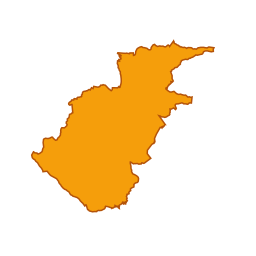 Calnic, Gorj, Romania, rotated 79°
{"feature_id": "2599482B43333007752973", "entity_name": "Calnic", "entity_type": "district", "adm_level": 2, "iso_a3": "ROU", "parent_name": "Romania", "parent_adm1": "Gorj", "projection": "natural_earth1", "projection_center": [23.062, 44.952], "detail": "fine", "context": "isolated", "style": "filled", "palette": "amber", "viewbox_px": 256, "rotation_deg": 79, "n_neighbors": 0, "source": "geoboundaries", "source_scale": "gbopen_adm2", "svg_char_len": 5711}
<svg xmlns="http://www.w3.org/2000/svg" viewBox="0 0 256 256"><g transform="rotate(79 128 128)"><path d="M136.2,227.7L138.9,227.6L140.4,226.7L141.4,225.5L143.0,224.9L144.8,223.4L148.3,222.2L150.8,220.7L152.7,220.0L153.5,219.8L154.7,219.8L154.9,216.5L155.1,215.6L158.8,213.7L160.0,212.8L164.1,207.8L167.2,206.3L167.9,206.3L169.2,206.0L171.2,204.8L172.3,204.5L174.7,203.1L176.1,201.8L176.9,200.5L178.0,199.7L179.4,198.2L182.5,197.1L183.5,195.7L184.5,195.0L185.2,193.5L186.7,191.0L188.8,189.3L190.1,188.9L192.3,187.5L192.9,186.9L196.3,185.3L195.4,184.2L195.6,183.7L200.4,183.2L200.6,182.6L202.0,181.8L203.5,178.8L203.6,177.0L204.1,174.7L203.4,173.9L203.3,172.4L203.6,171.9L203.8,169.7L203.1,167.5L203.1,167.1L202.7,166.3L201.9,165.6L200.9,165.3L200.6,165.0L201.3,162.8L202.9,160.1L203.2,159.2L203.8,159.2L203.6,158.4L203.6,157.5L203.1,156.7L202.9,156.3L203.0,156.0L202.6,156.0L201.6,155.5L203.0,154.5L203.2,153.9L202.6,153.9L202.7,153.6L203.0,152.8L204.4,152.7L205.2,151.9L203.7,151.8L203.3,151.4L202.3,151.5L201.8,150.4L201.7,149.6L200.6,148.0L200.1,147.7L201.7,147.1L201.9,146.7L201.7,146.3L202.1,146.2L200.5,146.4L200.2,146.2L200.8,145.8L200.0,145.8L202.0,145.1L202.0,144.9L201.4,145.1L201.9,144.5L200.4,145.1L200.2,144.8L201.1,144.4L200.9,144.0L200.4,144.2L199.9,143.8L199.6,143.2L199.6,142.9L199.3,142.5L197.8,143.0L197.0,142.8L196.8,142.3L194.8,142.6L194.1,141.9L192.9,141.7L192.9,140.6L192.7,139.5L191.4,139.5L190.5,138.5L190.0,137.3L188.4,137.3L188.0,137.0L187.4,135.4L187.0,133.5L185.6,133.1L184.7,133.1L184.2,132.6L183.4,131.2L183.2,129.0L182.2,128.1L179.8,127.3L178.3,127.4L176.6,128.6L174.8,130.7L174.4,131.6L173.3,132.3L171.8,132.7L171.2,132.8L170.1,132.4L168.5,132.8L166.0,132.4L162.8,132.5L161.9,132.2L162.6,131.1L163.3,130.6L164.2,129.5L164.2,128.2L164.4,127.6L164.6,125.7L165.6,124.2L165.6,122.9L165.9,122.1L164.8,121.0L165.1,120.4L165.6,119.8L165.6,118.7L162.1,111.4L156.9,114.0L153.5,113.2L148.7,107.8L148.2,106.8L148.1,105.8L147.7,105.6L147.7,105.0L147.3,104.7L146.9,105.0L146.5,104.7L146.6,104.3L146.3,104.1L145.1,104.3L144.9,104.0L143.8,104.1L142.8,103.6L139.3,101.2L133.7,96.4L133.9,96.1L133.5,95.2L134.2,94.8L133.7,94.6L133.9,94.3L133.5,94.2L133.6,93.8L133.1,93.7L133.1,93.3L133.4,93.0L133.0,92.8L133.1,92.3L132.4,91.8L132.2,91.5L131.6,91.2L131.7,90.8L121.8,95.3L122.5,93.9L123.4,93.1L124.0,91.0L124.6,89.9L124.4,88.0L123.8,86.9L123.3,85.1L122.7,84.4L121.2,84.3L120.8,83.7L119.4,83.5L119.1,83.2L117.4,83.2L117.7,81.9L117.0,79.3L119.0,77.9L118.7,77.4L117.8,76.8L116.8,77.2L114.7,77.4L114.0,77.0L113.7,76.3L113.6,75.3L113.9,74.4L113.6,70.4L114.0,69.5L114.8,68.9L115.5,66.1L116.0,65.4L116.0,64.5L115.1,63.0L115.2,62.3L115.6,61.0L109.8,59.2L109.9,60.4L109.1,61.8L109.1,63.3L106.7,65.1L106.5,66.7L105.4,69.0L104.8,69.8L104.7,71.8L104.5,72.3L103.5,73.8L100.8,75.9L101.0,78.8L100.5,80.2L99.0,81.7L96.8,83.4L96.0,83.1L95.8,82.8L96.5,82.0L94.6,81.0L94.2,80.1L93.7,79.9L93.3,79.5L93.4,79.2L93.0,79.0L93.1,78.5L92.1,77.0L90.6,77.0L90.9,76.4L90.9,76.1L91.4,75.7L90.5,74.6L88.0,75.3L85.1,74.7L80.8,75.4L80.6,74.5L79.5,74.1L78.6,71.4L77.7,70.5L77.8,68.3L75.9,65.7L75.8,65.2L75.3,64.4L74.1,64.2L72.7,62.9L72.1,62.8L71.7,61.1L71.5,58.2L72.1,56.9L72.1,56.1L71.3,54.8L71.4,53.5L71.0,52.6L70.8,50.9L69.7,48.3L69.2,47.4L69.8,46.2L69.6,42.6L69.7,41.4L69.2,40.4L67.6,39.3L67.1,37.4L67.5,35.1L67.8,34.7L69.1,31.7L69.1,29.6L67.0,29.3L65.6,28.3L63.9,33.2L64.5,35.2L64.0,36.4L63.9,37.1L63.3,38.1L62.7,41.1L62.7,43.2L62.6,43.8L63.7,46.0L63.0,47.2L63.0,48.5L62.7,49.2L61.6,50.1L61.2,50.7L60.5,53.6L61.0,55.3L60.5,55.6L59.5,57.3L59.6,58.2L59.3,58.7L59.2,59.3L58.5,60.2L58.5,60.8L58.3,61.3L57.6,61.6L57.3,62.3L56.5,62.7L55.8,64.0L54.9,64.7L53.8,66.3L53.2,66.5L52.3,66.3L52.0,66.7L51.3,66.7L55.9,71.6L55.1,71.8L54.2,72.7L54.4,73.5L55.3,75.0L55.5,76.0L55.1,76.9L54.3,78.0L54.0,80.2L53.5,81.0L53.6,83.5L52.2,85.2L51.0,85.9L51.2,87.5L53.3,89.8L55.1,90.5L55.4,91.0L55.5,91.6L55.0,92.9L53.4,94.2L52.3,96.5L51.8,98.1L50.8,99.0L50.8,100.6L51.5,103.0L52.2,104.2L54.4,105.8L57.0,106.7L57.7,107.6L57.8,108.3L57.8,108.7L55.3,108.5L54.7,111.9L55.3,112.4L54.2,115.3L54.3,115.9L53.8,118.0L52.2,123.6L52.9,124.0L53.2,123.5L54.5,122.4L54.9,121.4L55.8,121.0L56.0,121.3L55.6,121.9L55.6,122.9L57.2,122.4L57.8,121.6L58.7,121.7L58.6,122.2L59.4,122.8L59.0,123.9L59.8,124.4L60.6,124.0L60.1,125.4L62.7,126.2L65.0,125.7L67.0,126.2L67.6,125.7L69.8,125.5L71.3,124.8L73.3,125.2L74.9,125.0L78.5,125.3L81.3,125.8L83.1,126.4L86.6,128.2L86.6,128.5L85.5,129.0L85.7,129.4L86.1,129.7L86.6,130.5L85.5,135.6L87.4,136.2L88.2,137.4L87.4,138.2L86.6,138.5L86.1,139.3L81.8,142.0L81.5,142.4L81.1,143.7L80.7,144.2L81.1,145.1L80.7,146.5L81.2,147.2L81.9,147.6L82.2,149.7L80.6,153.7L82.6,154.8L81.5,156.1L83.5,157.9L82.9,158.5L82.8,159.0L83.7,161.1L83.5,161.8L83.8,162.7L83.6,164.1L84.0,165.4L85.0,166.1L86.3,166.5L86.8,167.4L88.0,167.4L88.4,167.7L88.3,169.1L88.6,170.0L88.2,171.2L88.7,172.3L89.8,172.6L88.9,175.1L89.0,175.4L90.0,175.8L90.1,176.8L89.7,177.5L89.8,178.0L91.0,178.9L91.5,180.5L92.4,181.5L92.8,181.6L93.6,181.6L94.4,180.9L94.5,180.6L94.1,179.1L94.2,178.5L102.5,179.3L102.6,180.3L103.0,180.6L103.3,181.4L103.5,182.8L106.4,183.9L106.9,184.6L107.6,185.9L109.4,186.0L110.1,187.3L111.3,187.7L111.7,187.7L112.9,187.1L114.1,187.7L115.3,189.6L115.7,190.4L115.1,192.9L116.2,194.0L117.8,194.6L119.4,194.7L120.3,195.3L122.1,195.7L123.8,197.5L124.0,198.1L124.9,199.2L125.9,199.6L126.3,201.1L126.2,201.5L124.8,202.5L124.2,203.1L122.7,203.8L122.4,204.3L122.5,205.1L123.0,206.6L123.1,208.6L122.3,211.0L122.8,212.8L123.1,213.1L126.1,214.1L130.7,214.4L131.8,215.4L133.3,216.2L134.1,216.4L134.9,217.0L136.0,219.3L136.4,221.2L135.9,221.8L135.2,222.1L134.7,223.9L134.5,224.4L133.4,225.1L133.3,225.3L136.2,227.7Z" fill="#f59e0b" stroke="#b45309" stroke-width="1.5"/></g></svg>